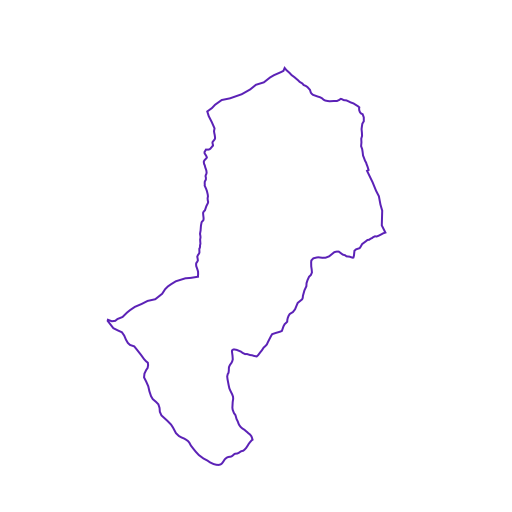 the district of Jaray, Lhuntshi, Bhutan, rotated 141°
{"feature_id": "84629894B50145764455889", "entity_name": "Jaray", "entity_type": "district", "adm_level": 2, "iso_a3": "BTN", "parent_name": "Bhutan", "parent_adm1": "Lhuntshi", "projection": "equal_earth", "projection_center": [91.09, 27.454], "detail": "fine", "context": "isolated", "style": "outline", "palette": "violet", "viewbox_px": 512, "rotation_deg": 141, "n_neighbors": 0, "source": "geoboundaries", "source_scale": "gbopen_adm2", "svg_char_len": 5625}
<svg xmlns="http://www.w3.org/2000/svg" viewBox="0 0 512 512"><g transform="rotate(141 256 256)"><path d="M416.6,117.2L415.4,116.6L414.5,116.3L413.6,116.2L412.7,116.3L411.6,116.6L410.8,116.8L409.6,117.2L408.7,117.5L407.7,117.7L406.7,117.7L406.1,117.7L405.1,117.6L404.5,117.4L403.6,117.0L401.8,115.9L400.6,115.6L399.9,115.6L399.0,115.6L398.3,115.7L397.0,115.6L396.2,115.2L395.1,114.4L394.4,114.2L393.5,113.9L392.1,113.8L390.4,113.6L389.3,113.1L388.5,112.7L387.8,112.7L386.9,112.7L384.6,113.0L381.7,113.9L379.8,114.6L377.7,115.1L375.3,115.5L374.3,115.4L373.6,117.1L373.3,117.9L373.0,119.0L373.0,120.4L373.0,121.1L373.2,122.0L373.5,123.1L373.6,124.2L373.9,125.7L374.1,126.7L374.3,128.0L374.6,129.0L375.1,130.4L375.3,131.4L375.5,132.7L375.5,133.8L375.4,135.2L375.2,136.1L375.0,137.0L374.6,137.9L374.4,138.6L374.2,139.3L373.9,140.7L373.7,141.6L373.4,142.3L373.0,143.2L372.7,143.9L372.4,144.6L372.1,145.4L372.0,146.6L372.1,147.3L371.7,148.7L371.3,149.9L370.9,151.2L369.8,153.0L366.0,157.2L363.6,159.4L362.4,161.1L361.6,163.4L361.0,166.1L360.6,167.8L360.0,169.9L358.4,173.1L355.6,178.3L354.2,180.5L352.3,182.0L350.9,182.5L349.2,184.1L348.1,185.4L347.0,186.6L345.7,187.3L344.6,187.8L342.3,188.4L340.8,189.1L339.1,190.3L337.0,193.3L334.8,196.9L334.0,197.7L332.9,197.7L331.9,197.3L330.1,195.2L327.9,191.2L327.4,189.2L326.2,186.6L324.7,185.5L322.9,182.7L321.5,181.3L320.5,179.7L318.7,177.5L316.8,177.6L313.2,178.5L310.8,179.0L307.7,180.0L305.6,180.1L303.3,180.4L300.9,181.6L298.2,182.8L294.8,184.3L292.7,185.1L291.6,184.7L288.9,183.7L286.8,182.8L284.6,181.9L283.0,181.5L280.6,183.0L278.8,184.1L276.6,185.0L274.8,185.1L273.1,185.3L271.9,186.6L270.4,187.8L268.3,189.0L266.3,189.7L264.6,189.5L262.7,189.2L259.2,190.0L256.1,191.7L253.1,193.3L251.0,193.3L249.2,193.3L247.4,193.3L246.1,194.0L244.5,195.6L240.0,198.8L235.9,200.8L233.8,203.1L231.2,204.8L227.8,206.5L225.3,206.7L222.9,208.0L221.2,210.5L219.6,213.2L217.1,216.4L215.8,217.7L214.6,217.9L212.9,218.1L211.6,217.5L209.9,216.7L208.4,215.8L205.5,212.8L203.0,210.9L200.3,210.0L199.3,209.7L197.2,209.7L194.0,209.7L192.7,209.7L190.8,208.8L189.8,208.1L188.9,207.3L188.3,204.8L187.7,202.5L186.3,200.5L185.9,198.8L184.8,197.7L183.7,196.6L182.8,195.1L181.9,193.8L181.3,193.5L180.7,193.9L179.6,194.7L178.7,195.6L177.1,197.2L176.2,198.1L174.0,198.2L170.6,196.9L169.6,197.1L167.5,197.9L166.0,198.5L163.9,198.4L161.2,198.3L159.3,198.3L157.8,197.4L157.0,197.4L155.5,197.2L154.5,196.9L153.1,196.9L151.1,196.4L150.1,195.3L148.0,194.6L144.7,193.9L142.9,193.6L140.7,192.8L139.0,200.6L129.4,211.8L126.9,217.7L122.9,225.1L121.6,231.3L119.0,239.9L116.1,252.3L114.4,252.0L113.1,255.2L112.2,258.0L111.7,259.2L111.3,261.5L110.2,264.7L109.6,266.7L108.9,267.8L107.7,269.7L106.2,272.3L105.2,275.2L102.6,277.9L100.4,280.9L98.0,282.6L96.0,285.3L94.1,288.2L92.2,290.0L90.1,291.9L87.4,292.9L85.0,295.9L83.9,299.1L84.7,300.7L84.7,302.4L84.1,304.2L83.2,305.6L82.2,306.5L82.5,308.2L83.6,311.4L84.2,313.2L85.9,316.0L86.6,317.6L87.8,320.0L89.7,321.9L90.7,324.1L91.3,324.8L93.1,324.9L95.5,325.5L98.0,327.5L101.4,329.9L102.9,331.5L104.4,333.3L105.1,334.9L105.5,337.2L106.4,339.2L107.7,341.1L108.9,343.1L110.3,345.4L110.6,347.0L110.6,348.4L110.0,349.9L109.5,351.2L109.6,352.9L109.7,354.9L110.3,356.9L111.4,358.9L111.4,360.9L112.5,363.9L112.7,366.0L113.2,368.6L113.6,370.8L114.5,374.2L114.7,377.2L115.4,381.5L115.4,384.1L118.2,382.6L120.9,383.2L128.2,385.2L132.7,385.9L140.6,386.0L148.3,389.1L155.7,389.1L165.3,390.7L177.0,394.9L184.5,398.8L192.6,399.3L197.1,398.7L202.9,399.0L204.7,394.5L206.1,387.9L207.9,381.3L210.1,379.4L211.1,377.7L211.9,376.1L213.1,374.1L213.7,373.3L214.6,372.7L215.8,372.4L217.3,372.1L218.0,371.9L218.6,371.4L219.1,370.4L219.6,369.3L220.0,368.8L220.8,368.8L221.9,368.5L223.2,368.3L223.9,368.1L224.9,368.2L225.8,368.5L226.8,369.3L227.9,370.2L229.2,369.7L230.6,369.2L231.3,368.2L231.5,366.7L231.6,365.5L232.1,363.6L232.9,363.2L235.5,362.9L236.9,362.4L237.5,361.8L238.4,360.2L238.8,358.6L239.4,357.4L240.0,355.9L240.3,354.9L240.9,353.5L241.9,351.9L242.7,351.2L243.6,350.7L244.3,350.4L245.1,349.6L245.6,348.5L246.6,347.2L247.6,346.6L248.8,346.2L249.9,345.1L250.9,343.7L251.6,343.0L252.0,341.5L252.5,339.6L253.3,337.3L254.8,334.2L255.8,332.6L257.3,331.3L258.4,329.7L259.2,328.1L260.1,327.4L263.0,326.1L264.0,325.5L264.8,325.0L266.2,324.1L267.0,323.6L268.6,323.5L270.0,322.8L271.2,321.1L272.9,318.4L274.1,317.1L275.0,316.8L276.3,316.7L277.1,316.4L279.6,314.3L283.1,310.6L284.4,309.5L285.6,308.4L286.7,306.4L287.5,305.3L289.1,303.9L290.3,302.2L291.5,300.5L292.7,299.6L293.6,298.5L294.5,297.7L295.5,297.3L296.8,295.6L297.7,294.4L298.6,293.8L300.7,293.2L302.1,292.4L303.1,290.5L304.0,289.1L305.6,288.4L306.4,288.3L307.5,287.6L308.8,285.8L309.7,283.2L310.4,281.4L311.0,280.1L311.6,279.4L312.4,278.3L313.1,277.6L313.6,277.1L314.1,276.4L320.4,280.0L324.9,283.1L334.2,286.8L339.6,287.5L343.6,287.8L347.5,287.4L352.7,285.7L361.5,285.8L368.5,289.3L375.1,290.7L382.1,292.7L387.9,293.2L391.8,293.2L398.1,292.6L403.3,294.2L406.2,294.2L409.1,296.0L411.2,299.6L412.1,298.9L412.2,293.9L412.3,289.7L410.2,285.1L408.2,281.1L408.5,277.1L409.7,272.9L410.3,269.1L409.9,266.2L407.5,262.4L407.5,258.4L407.6,251.5L407.9,246.3L407.7,243.3L407.2,241.2L408.5,239.1L410.7,237.2L413.1,236.5L416.7,234.8L419.4,232.1L420.4,227.4L421.7,222.6L424.0,217.9L425.8,213.1L426.3,209.7L425.5,205.5L425.2,202.2L426.6,198.6L428.8,195.4L429.8,191.6L428.6,183.7L428.1,178.4L428.5,174.8L429.7,168.7L429.2,164.6L428.1,161.9L426.7,159.3L425.9,157.1L425.3,154.9L425.3,152.8L425.9,149.7L426.0,145.1L426.0,141.8L425.7,137.3L424.3,131.8L422.5,127.6L421.6,124.5L419.9,121.0L418.2,118.7L416.6,117.2Z" fill="none" stroke="#5b21b6" stroke-width="2"/></g></svg>